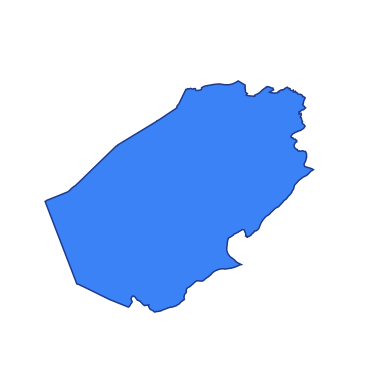 outline of Kayonza, Eastern, Rwanda, rotated 230°
{"feature_id": "39286606B59170295238138", "entity_name": "Kayonza", "entity_type": "district", "adm_level": 2, "iso_a3": "RWA", "parent_name": "Rwanda", "parent_adm1": "Eastern", "projection": "equal_earth", "projection_center": [30.553, -1.862], "detail": "fine", "context": "isolated", "style": "filled", "palette": "blue", "viewbox_px": 384, "rotation_deg": 230, "n_neighbors": 0, "source": "geoboundaries", "source_scale": "gbopen_adm2", "svg_char_len": 5957}
<svg xmlns="http://www.w3.org/2000/svg" viewBox="0 0 384 384"><g transform="rotate(230 192 192)"><path d="M131.0,299.3L132.8,298.8L139.1,294.7L141.0,295.5L141.8,296.4L142.3,298.1L143.6,300.3L144.5,301.2L144.8,302.1L145.8,302.7L146.8,303.7L148.1,304.5L149.5,304.6L149.7,304.9L150.1,304.9L150.5,304.7L151.4,303.7L152.0,303.6L152.6,303.1L153.4,301.7L153.6,301.2L153.8,301.0L154.3,300.9L154.8,299.9L155.0,299.8L155.5,299.8L156.0,299.7L156.8,300.0L157.0,299.6L157.9,299.5L158.2,299.3L158.9,299.1L159.8,299.2L160.3,299.4L160.8,299.2L161.0,299.4L162.4,300.3L163.0,302.1L163.5,302.9L163.5,303.3L163.1,304.1L163.1,304.3L163.1,304.5L163.8,305.2L164.6,305.2L164.9,305.1L165.5,305.0L166.1,305.1L166.7,304.2L168.0,303.8L168.4,304.0L168.7,303.9L168.8,304.0L169.0,303.9L169.0,303.7L169.6,303.3L170.1,303.2L170.7,303.5L171.0,303.5L171.8,306.3L171.2,309.6L170.9,310.5L170.7,310.9L170.2,313.1L169.4,314.6L169.3,315.1L169.0,318.4L169.7,320.9L170.6,320.9L171.3,321.1L172.7,320.8L173.2,320.7L173.6,320.8L174.3,320.7L174.5,320.9L174.8,321.9L175.2,322.1L176.3,322.1L177.6,322.9L178.3,323.1L178.5,323.4L179.0,323.4L179.3,323.2L180.0,323.2L180.5,324.9L180.8,325.3L181.6,325.9L182.4,326.1L182.9,324.1L183.5,324.4L184.2,325.3L184.6,325.5L184.1,327.3L184.2,328.5L183.9,329.5L183.6,329.7L183.4,330.2L183.3,331.1L183.4,331.3L183.4,331.5L183.5,333.2L184.4,333.0L187.9,333.0L188.1,333.5L188.1,334.0L188.8,334.6L189.2,335.4L190.0,336.1L190.6,337.8L191.3,339.0L191.5,339.3L192.1,339.1L192.7,339.0L193.0,338.8L193.2,338.4L193.5,338.2L193.9,338.5L194.5,338.5L194.6,338.4L194.9,338.4L195.1,338.3L195.6,338.5L196.2,338.4L197.2,337.8L197.7,337.3L197.9,337.0L198.1,336.9L198.6,336.3L199.0,336.1L199.6,336.3L200.0,336.0L200.6,336.3L200.7,336.2L201.5,335.6L201.9,335.6L202.5,336.0L202.9,335.9L202.8,334.6L203.0,334.2L203.8,334.2L204.2,334.4L204.7,335.0L204.9,335.1L205.1,334.3L205.5,333.7L206.3,333.0L207.2,332.9L208.1,333.6L208.6,333.4L208.7,333.2L208.9,333.0L209.0,332.6L209.4,332.7L210.0,332.5L210.8,332.5L210.8,332.1L211.3,331.6L211.5,330.5L211.6,329.5L211.5,329.2L211.4,329.1L211.4,328.7L211.5,328.2L211.8,327.9L211.8,327.6L211.9,326.8L212.0,326.7L212.4,326.8L212.8,326.2L213.2,324.5L213.0,324.0L213.4,323.3L213.2,322.8L213.0,322.6L213.4,322.0L213.0,321.5L213.4,320.7L214.3,319.5L214.6,318.7L215.9,317.7L216.0,317.5L216.5,317.2L216.5,316.9L218.7,315.4L218.7,315.8L217.8,320.2L219.7,320.7L219.8,320.2L223.1,318.6L224.3,317.5L224.3,317.0L224.5,316.7L224.3,316.7L224.9,313.7L224.7,312.5L225.0,311.5L224.8,310.4L224.7,307.2L224.9,305.9L225.8,302.4L225.5,302.2L225.5,301.7L225.1,301.5L228.9,297.6L231.3,295.8L231.5,296.2L231.9,297.7L233.0,297.3L234.1,297.3L235.1,297.8L235.9,298.6L236.9,299.2L237.3,299.2L237.5,299.4L237.8,299.3L238.0,300.0L238.3,300.2L239.1,301.0L239.7,301.4L247.4,298.8L248.0,295.1L248.8,292.6L249.8,290.4L250.7,288.9L252.9,286.3L257.5,282.1L260.3,278.0L264.7,270.3L265.2,268.9L265.6,267.4L265.7,266.3L264.8,265.5L264.6,265.4L264.4,265.0L265.1,263.3L266.1,261.7L266.9,260.6L267.3,260.4L268.0,260.4L269.0,261.1L270.0,259.9L270.2,258.8L270.4,258.6L272.4,257.5L272.8,255.9L273.8,255.3L274.0,254.9L274.1,254.4L274.0,253.7L274.5,253.2L268.0,238.7L267.4,235.6L266.2,234.3L268.6,212.3L269.1,211.0L269.1,210.6L268.9,210.0L275.8,165.1L275.5,164.0L275.9,163.4L273.5,130.2L272.2,112.9L271.8,106.0L272.0,105.7L272.1,105.3L272.2,103.5L272.1,100.2L271.8,99.5L271.9,98.9L271.9,97.2L273.9,90.8L278.9,75.6L279.0,75.3L278.8,74.9L278.9,74.3L279.3,73.7L279.2,73.4L195.6,44.7L194.2,45.7L193.2,46.2L192.1,46.6L189.4,47.9L162.5,59.8L144.7,69.3L144.6,69.9L145.0,71.9L145.6,73.0L146.0,75.2L146.8,75.9L148.4,76.1L149.6,76.9L150.2,77.9L150.2,78.7L150.5,79.7L149.9,80.2L149.3,80.4L148.9,80.9L144.2,80.6L143.5,81.2L142.2,81.6L141.4,82.2L140.8,82.0L138.8,82.2L136.7,82.2L136.1,82.6L135.2,82.8L135.1,83.6L134.2,84.7L133.9,85.1L133.8,85.6L133.7,85.7L133.3,86.3L132.9,85.6L132.2,85.2L129.9,84.6L129.1,84.6L126.1,85.8L124.7,86.0L123.8,86.4L123.6,87.4L123.3,88.1L122.8,88.4L121.2,91.2L120.8,92.1L120.7,93.0L118.1,100.4L117.6,101.3L116.5,103.0L115.5,105.6L115.1,106.4L115.0,106.8L114.9,108.4L114.5,110.1L114.9,113.3L114.8,113.8L114.9,114.6L114.6,115.7L114.8,115.8L114.5,116.2L114.9,117.4L116.9,118.4L117.1,118.9L117.2,119.2L117.5,119.4L118.4,120.7L118.6,122.6L119.0,123.4L120.6,124.7L121.0,125.2L121.4,126.2L121.4,127.5L121.3,128.3L121.1,128.6L120.9,129.7L120.9,130.5L121.0,131.2L121.0,133.2L120.9,133.6L121.2,135.4L121.0,138.5L120.2,139.5L119.9,139.9L119.3,140.2L118.6,140.9L117.4,142.4L117.1,142.9L116.9,143.3L116.8,144.1L116.9,146.4L116.8,148.1L116.7,149.3L116.4,150.6L116.6,150.9L116.6,153.7L117.0,156.2L116.9,157.2L116.5,159.9L115.9,161.3L115.6,162.5L115.3,163.2L113.4,166.4L113.1,166.7L112.3,167.1L111.7,167.8L111.3,168.5L110.0,170.6L108.3,173.4L107.6,174.8L107.6,175.1L106.7,177.1L105.4,181.7L104.7,183.1L109.2,181.2L113.0,180.8L115.9,180.2L117.4,179.7L119.7,179.6L122.3,180.0L124.8,181.0L126.6,182.5L131.5,187.6L132.9,189.7L133.4,190.2L133.1,191.2L132.9,192.0L132.4,195.6L132.5,196.3L132.7,196.7L132.7,197.6L132.3,198.5L131.9,200.1L131.5,202.2L131.5,203.0L131.0,204.9L131.1,205.4L131.0,206.1L130.8,206.4L129.7,207.4L129.1,207.7L127.5,206.9L126.1,206.6L124.3,205.4L123.8,204.7L122.9,205.5L122.8,205.3L122.6,205.2L122.2,205.3L122.1,205.1L121.8,205.3L121.9,205.5L121.6,206.5L121.3,207.1L121.3,207.4L121.1,208.0L121.3,209.0L121.0,209.4L121.1,209.7L121.3,210.6L121.5,211.1L121.4,213.3L121.6,214.0L122.0,214.8L121.5,215.2L121.1,216.1L120.9,216.9L120.9,218.2L121.1,219.6L121.6,220.8L122.8,222.7L122.9,223.0L124.2,225.6L125.2,229.2L125.7,232.5L125.7,233.5L125.3,235.5L125.3,238.2L125.6,238.9L125.6,240.5L125.7,241.3L125.7,242.2L126.0,245.0L125.6,247.1L125.2,248.4L125.1,249.2L125.4,250.7L125.4,251.9L125.6,252.4L125.7,253.8L125.8,254.2L125.8,254.8L126.2,256.5L126.3,258.0L126.0,259.0L126.2,260.6L126.9,263.1L126.9,264.1L127.2,266.6L127.7,268.4L128.5,269.7L128.8,271.4L131.3,274.8L132.2,281.4L132.0,286.7L131.3,289.2L131.0,291.5L131.5,296.6L131.0,299.3Z" fill="#3b82f6" stroke="#1e3a8a" stroke-width="1.5"/></g></svg>